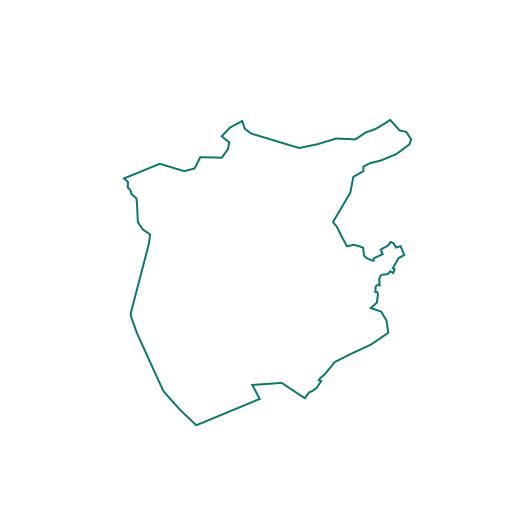 Mubi South, Adamawa, Nigeria, rotated 114°
{"feature_id": "59680162B11164722545286", "entity_name": "Mubi South", "entity_type": "district", "adm_level": 2, "iso_a3": "NGA", "parent_name": "Nigeria", "parent_adm1": "Adamawa", "projection": "equal_earth", "projection_center": [13.272, 10.176], "detail": "fine", "context": "isolated", "style": "outline", "palette": "teal", "viewbox_px": 512, "rotation_deg": 114, "n_neighbors": 0, "source": "geoboundaries", "source_scale": "gbopen_adm2", "svg_char_len": 1646}
<svg xmlns="http://www.w3.org/2000/svg" viewBox="0 0 512 512"><g transform="rotate(114 256 256)"><path d="M238.8,408.1L240.5,403.0L245.6,401.0L246.5,398.4L248.5,395.9L250.0,395.3L251.9,388.7L256.2,386.2L273.3,377.6L277.9,370.0L279.3,361.6L288.0,358.9L306.2,355.9L359.4,347.1L361.9,345.8L374.5,333.8L379.8,327.8L383.1,324.1L404.4,300.1L417.1,285.6L422.6,273.7L428.0,261.3L434.9,241.7L385.1,194.5L375.3,206.9L361.5,181.0L366.1,153.6L359.1,152.1L356.1,149.4L351.8,146.9L343.8,145.6L343.8,148.2L341.3,147.5L339.2,146.6L337.0,145.4L332.7,144.1L324.2,141.8L320.8,140.9L308.7,131.1L290.2,115.0L272.3,103.9L261.9,110.6L255.9,119.0L256.8,129.9L249.3,126.6L241.0,129.2L239.6,131.0L240.3,132.3L238.4,133.1L235.6,134.2L234.9,134.0L232.4,132.9L232.4,132.1L232.5,131.2L229.6,132.6L227.2,134.0L225.2,134.2L223.2,134.1L221.9,133.3L220.1,130.1L218.7,128.1L215.4,127.1L215.8,123.8L211.6,124.0L211.6,126.1L204.7,125.4L199.7,124.9L198.3,123.6L194.8,121.0L188.2,128.0L191.3,131.4L188.3,136.0L188.5,138.9L192.6,139.5L199.4,144.7L202.9,141.0L210.1,147.4L212.4,146.6L213.0,148.3L212.9,154.2L211.7,157.5L204.9,161.5L205.0,165.2L206.0,171.3L210.1,176.8L203.8,185.1L196.3,194.2L193.7,199.5L159.8,195.6L144.1,199.3L134.8,192.4L130.6,194.2L124.8,189.6L118.1,180.9L105.9,169.3L100.0,165.9L91.7,161.3L86.3,161.7L81.5,169.3L82.9,175.9L77.1,188.7L88.0,196.0L92.0,199.1L98.6,206.1L109.0,212.6L116.1,230.6L129.2,245.7L139.8,260.5L141.3,272.3L146.1,310.1L144.4,317.9L141.7,320.4L138.3,323.5L149.2,332.0L160.6,336.0L163.1,326.6L169.7,325.1L180.1,327.2L188.4,347.1L201.0,347.7L207.7,356.1L210.4,377.5L211.0,381.5L238.8,408.1Z" fill="none" stroke="#0f766e" stroke-width="2"/></g></svg>